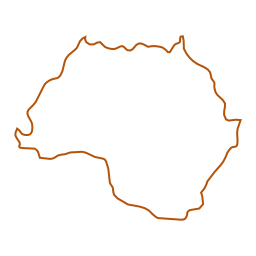 outline of Bagmati
{"feature_id": "NPL-1130", "entity_name": "Bagmati", "entity_type": "District", "adm_level": 1, "iso_a3": "NPL", "parent_name": "Nepal", "parent_adm1": "", "projection": "robinson", "projection_center": [85.32, 27.846], "detail": "fine", "context": "isolated", "style": "outline", "palette": "amber", "viewbox_px": 256, "rotation_deg": 0, "n_neighbors": 0, "source": "natural_earth", "source_scale": "10m", "svg_char_len": 2338}
<svg xmlns="http://www.w3.org/2000/svg" viewBox="0 0 256 256"><path d="M85.3,37.0L85.1,39.4L86.2,42.1L89.7,44.4L93.7,44.4L96.9,42.7L100.0,42.1L105.1,47.0L108.0,48.2L111.1,48.9L113.7,49.1L115.8,48.6L120.3,46.5L122.1,46.1L124.2,47.1L125.7,48.8L127.4,50.2L130.1,50.5L132.5,49.3L136.3,45.0L138.5,43.6L141.1,43.5L143.5,44.4L148.2,46.8L151.6,46.2L155.3,46.1L159.0,46.6L162.5,47.5L165.7,49.8L167.8,52.1L169.9,52.1L174.2,45.2L175.5,44.1L178.9,42.8L180.0,41.7L180.1,40.1L180.1,38.3L180.6,36.7L182.8,36.3L183.6,40.4L183.9,48.7L186.4,53.5L189.5,57.6L193.0,61.0L197.2,63.9L204.2,67.2L207.6,69.3L210.0,72.2L210.6,74.2L211.4,78.3L214.2,82.2L214.5,83.9L214.3,85.7L214.4,88.0L215.6,92.3L217.3,94.9L222.9,100.1L225.0,103.5L224.9,107.2L224.2,110.9L224.1,114.8L226.0,119.4L228.8,120.6L236.1,119.7L240.1,120.1L240.6,120.1L237.7,128.5L237.1,132.9L237.5,139.6L237.4,143.6L236.9,145.5L235.9,146.5L232.3,147.2L231.3,147.6L229.7,149.3L227.5,152.5L225.0,158.4L223.1,161.8L221.2,164.5L214.9,171.6L207.3,181.5L206.5,184.1L204.8,187.7L203.7,189.4L202.0,191.4L201.1,192.6L202.0,195.4L202.3,196.5L203.1,204.1L199.3,208.5L189.9,210.1L188.1,211.3L187.3,212.6L187.2,214.2L186.7,216.1L185.3,218.6L183.5,219.5L181.3,219.7L158.3,218.1L157.2,217.7L156.2,217.2L152.7,214.3L148.8,210.4L144.8,208.2L140.0,206.7L134.9,205.7L128.0,204.5L117.9,198.6L115.7,196.5L114.1,194.6L113.5,192.8L113.4,192.6L112.9,188.3L112.5,187.1L111.9,186.1L111.1,185.0L110.4,183.8L109.9,182.7L109.6,180.5L108.3,168.7L106.2,161.8L105.4,160.3L104.5,159.3L102.8,158.6L95.0,157.0L86.8,153.1L84.1,152.2L81.9,151.8L71.0,152.4L69.2,152.8L64.8,154.3L61.5,154.6L57.9,155.5L54.4,157.8L51.9,158.7L49.9,158.9L39.9,157.8L38.0,151.8L37.2,150.7L36.0,149.5L34.4,148.6L22.6,148.1L20.0,147.6L19.3,146.8L19.2,145.9L19.9,144.5L19.8,143.4L19.3,141.9L17.3,139.0L16.1,137.0L15.5,135.6L15.4,134.3L15.5,133.3L15.7,132.2L16.7,129.9L17.1,128.7L18.7,129.9L19.2,130.3L20.0,131.3L20.7,132.4L21.7,133.6L22.9,134.3L24.3,134.8L25.9,135.0L27.3,135.0L28.6,134.8L29.9,134.4L31.0,133.2L32.0,131.3L32.4,127.5L32.2,124.8L31.5,122.1L28.4,116.5L27.8,114.8L27.4,113.6L27.7,111.5L28.6,109.7L33.5,104.7L35.8,101.8L44.1,85.4L45.2,83.8L46.9,82.2L49.7,80.3L52.9,79.0L57.2,78.1L58.8,77.1L60.5,75.2L62.4,71.2L65.0,60.6L66.6,57.7L68.8,54.9L75.2,49.6L76.9,47.8L80.0,41.2L82.3,38.6L85.3,37.0L85.3,37.0Z" fill="none" stroke="#b45309" stroke-width="2"/></svg>